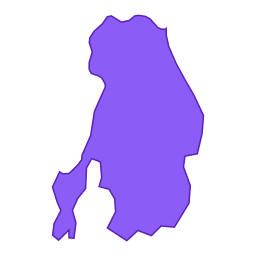 Kasansay, Namangan, Uzbekistan (orthographic projection)
{"feature_id": "79887680B51859555841506", "entity_name": "Kasansay", "entity_type": "district", "adm_level": 2, "iso_a3": "UZB", "parent_name": "Uzbekistan", "parent_adm1": "Namangan", "projection": "orthographic", "projection_center": [71.494, 41.166], "detail": "fine", "context": "isolated", "style": "filled", "palette": "violet", "viewbox_px": 256, "rotation_deg": 0, "n_neighbors": 0, "source": "geoboundaries", "source_scale": "gbopen_adm2", "svg_char_len": 934}
<svg xmlns="http://www.w3.org/2000/svg" viewBox="0 0 256 256"><path d="M52.6,235.1L58.6,240.2L68.9,230.0L69.0,237.8L74.0,238.2L75.9,222.8L72.4,210.2L77.8,198.3L85.6,188.6L86.5,167.9L91.7,158.6L100.4,161.9L101.7,177.6L99.1,186.5L109.1,189.3L114.7,198.8L115.6,211.8L107.4,228.0L126.8,240.6L137.8,230.5L151.4,235.6L161.1,226.0L174.4,227.1L189.0,203.1L190.3,185.7L183.5,166.9L185.0,156.1L197.3,153.8L202.1,133.5L203.5,115.5L193.6,94.6L184.1,78.2L176.3,63.9L168.7,46.4L166.4,35.9L166.1,28.4L164.7,29.3L161.1,29.1L157.5,27.3L150.1,18.9L145.2,16.3L138.4,15.4L134.5,16.0L129.4,20.4L121.3,22.1L111.3,15.9L107.4,16.7L102.4,23.8L94.1,31.3L89.9,37.7L89.3,42.7L92.3,52.1L89.2,62.5L89.1,69.0L91.3,73.5L98.3,75.8L101.8,78.0L104.9,83.4L105.4,86.8L94.5,111.2L90.7,135.5L82.0,155.2L81.7,159.7L77.3,165.5L69.2,173.4L62.7,173.9L59.6,171.8L52.5,187.1L57.1,201.8L60.9,210.5L54.1,223.6L52.6,235.1Z" fill="#8b5cf6" stroke="#5b21b6" stroke-width="1.5"/></svg>